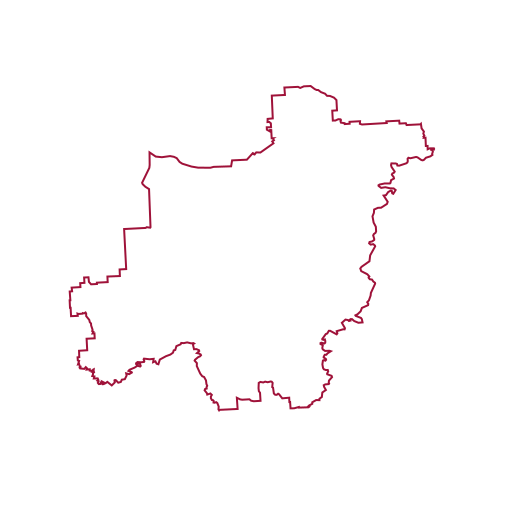 Logan, Queensland, Australia, rotated 348°
{"feature_id": "25037944B44262560811074", "entity_name": "Logan", "entity_type": "district", "adm_level": 2, "iso_a3": "AUS", "parent_name": "Australia", "parent_adm1": "Queensland", "projection": "mercator", "projection_center": [153.051, -27.763], "detail": "fine", "context": "isolated", "style": "outline", "palette": "rose", "viewbox_px": 512, "rotation_deg": 348, "n_neighbors": 0, "source": "geoboundaries", "source_scale": "gbopen_adm2", "svg_char_len": 6051}
<svg xmlns="http://www.w3.org/2000/svg" viewBox="0 0 512 512"><g transform="rotate(348 256 256)"><path d="M173.4,132.5L170.9,144.9L170.0,147.6L159.8,160.7L160.1,162.2L162.2,165.3L165.3,168.3L158.8,205.9L158.4,206.3L155.1,205.1L153.9,205.6L132.6,202.2L126.3,241.8L119.8,240.8L118.7,247.3L106.4,245.2L105.5,250.7L94.8,249.0L94.6,250.3L88.8,249.4L87.2,246.6L87.7,242.0L83.4,241.3L82.6,246.6L78.4,246.0L77.8,249.9L69.1,248.6L68.8,252.3L66.4,252.0L65.2,260.7L64.5,260.6L63.3,268.0L63.9,268.1L62.6,276.4L69.2,277.5L69.4,275.2L70.4,275.8L74.2,276.3L74.7,275.8L75.8,276.4L77.5,275.8L77.9,276.9L77.4,279.5L79.6,283.8L79.7,286.2L80.6,287.7L80.3,289.6L80.8,294.0L80.2,295.4L81.2,296.2L80.0,297.8L81.9,298.1L81.1,303.0L73.1,301.7L71.3,313.1L63.2,311.9L62.1,318.2L60.4,318.0L60.0,321.1L61.2,321.8L59.5,324.8L60.5,324.6L60.6,327.1L61.4,327.6L61.2,328.3L60.3,328.7L60.6,329.4L64.6,330.7L66.4,329.3L67.4,330.8L66.7,331.9L69.8,332.2L69.5,333.5L71.1,333.9L71.0,335.0L71.4,335.2L73.0,333.3L73.7,333.1L73.3,334.4L73.4,336.1L72.2,336.5L72.0,337.8L70.9,339.4L72.9,340.2L71.9,342.1L75.7,342.8L76.0,344.2L74.9,344.9L76.0,345.8L74.9,347.2L75.6,348.6L76.9,348.8L78.0,347.5L79.1,349.5L80.2,349.6L79.7,347.1L82.3,349.2L84.4,348.2L88.0,352.6L91.6,350.3L91.7,348.2L92.3,348.0L93.1,348.3L94.9,351.3L97.6,351.1L99.0,349.1L102.1,349.2L104.6,346.0L104.6,343.8L107.4,345.2L110.3,344.2L110.2,343.7L107.4,341.9L108.6,341.0L114.1,339.9L117.2,338.7L119.7,340.0L120.4,339.5L120.1,337.5L119.3,337.0L116.5,337.1L116.2,336.6L116.5,335.9L118.1,335.1L121.5,336.1L124.5,336.3L124.9,335.7L124.6,333.7L125.1,333.1L130.5,334.9L134.5,335.3L133.3,338.5L135.7,338.1L136.4,340.7L138.0,341.6L140.4,337.3L147.1,335.3L151.8,334.6L154.7,333.3L155.9,331.2L157.5,331.1L159.4,327.6L163.9,326.7L164.8,325.5L167.2,326.2L170.7,326.2L174.5,328.0L176.7,328.2L177.2,328.7L176.5,328.9L175.9,329.8L176.0,334.3L178.4,334.7L180.7,336.4L180.7,337.2L178.1,338.7L180.0,339.6L181.4,340.8L181.6,341.6L180.4,342.5L178.4,342.9L174.8,344.8L174.2,345.6L175.9,348.5L175.2,351.3L177.0,359.4L178.4,362.4L180.1,363.6L181.2,367.3L180.9,371.0L181.3,372.8L180.3,374.1L180.2,375.4L178.6,375.5L177.8,376.7L179.5,380.1L179.5,381.4L182.8,381.0L183.9,382.7L182.7,384.0L182.3,385.7L182.9,387.7L184.0,388.1L184.5,389.0L184.0,390.5L184.9,390.9L186.7,390.7L187.6,391.8L188.2,395.5L187.4,398.2L187.8,399.3L188.3,398.9L206.2,401.8L207.8,390.7L210.6,392.9L212.6,393.7L219.8,394.8L221.1,396.5L223.6,397.6L230.3,398.6L231.5,390.6L230.7,388.8L231.0,385.8L232.3,380.7L234.1,380.1L236.8,381.2L238.8,380.8L241.2,381.9L244.4,381.8L245.3,382.3L245.9,383.6L244.6,387.6L245.3,388.3L244.9,394.2L245.9,395.7L247.4,396.1L249.0,395.3L249.8,396.0L252.1,400.7L259.0,401.5L258.3,405.8L259.0,405.9L258.1,412.2L261.7,412.9L266.5,412.6L266.4,413.2L275.9,414.9L276.3,414.7L275.9,413.9L276.5,413.5L277.3,413.7L277.4,413.1L280.3,412.3L280.6,410.8L284.9,409.4L288.1,410.2L288.4,408.8L291.1,407.6L292.5,403.3L296.5,401.6L295.4,398.1L295.4,396.5L297.0,396.0L300.5,396.4L301.0,396.0L300.8,395.0L301.5,393.0L305.2,390.3L305.0,388.9L301.1,386.5L301.1,385.8L302.6,383.9L302.5,382.4L300.7,382.1L298.8,380.9L298.3,379.4L298.4,375.8L299.7,372.2L300.8,372.0L302.1,372.8L303.0,372.1L302.9,371.1L301.1,369.3L301.3,368.6L302.7,366.9L304.3,367.2L305.7,366.1L309.4,364.7L308.2,364.0L303.8,363.2L301.9,361.2L301.7,359.8L302.8,357.2L300.8,355.5L301.0,354.6L301.9,354.4L304.8,355.8L305.7,355.2L306.1,353.6L306.0,351.9L304.7,352.1L303.5,351.4L303.5,351.0L308.0,346.9L309.6,346.6L311.7,344.3L313.0,344.6L318.6,349.4L319.5,348.6L319.3,346.3L326.0,345.8L327.4,346.2L328.0,345.1L326.1,339.2L330.3,336.8L332.7,337.8L333.4,338.9L334.9,338.8L334.7,337.8L335.3,337.4L336.8,337.7L338.5,340.0L342.3,342.6L346.4,343.1L346.4,339.8L345.8,338.4L341.1,335.3L340.9,334.7L343.2,334.1L346.8,331.9L348.8,328.8L355.4,327.4L355.9,326.2L355.2,324.3L357.2,322.9L359.9,318.5L360.7,316.0L366.8,307.8L366.8,306.9L365.4,305.3L364.6,303.2L362.5,302.4L361.7,300.9L361.7,300.3L362.6,299.6L361.1,297.0L355.8,292.7L355.4,289.9L357.0,288.5L365.9,284.7L367.8,279.1L374.6,271.3L374.5,270.5L373.2,268.8L370.5,268.7L369.3,267.1L370.0,265.9L372.6,265.9L374.9,264.9L375.2,264.0L374.9,260.2L375.9,259.0L377.7,258.2L378.6,256.9L379.3,252.3L378.0,247.8L378.2,241.4L380.3,238.3L381.2,235.1L385.4,234.2L388.3,234.8L394.9,232.3L396.1,230.4L393.4,223.4L395.8,223.5L398.6,220.9L401.4,220.1L402.3,220.4L402.3,223.0L403.2,223.7L406.3,220.5L404.7,218.5L401.3,217.7L396.8,215.6L392.6,215.4L390.5,213.0L390.5,212.3L391.7,211.8L397.1,211.8L402.0,212.9L402.7,212.5L403.9,209.9L407.1,208.9L407.1,207.5L405.8,204.7L406.5,203.7L408.5,203.1L409.2,202.3L407.1,197.1L407.0,195.1L407.7,193.6L411.8,194.5L413.0,195.2L413.1,196.9L414.9,197.4L422.2,196.6L423.5,196.0L424.2,194.7L424.5,192.4L425.5,191.6L427.4,192.5L433.2,192.4L434.5,193.1L437.7,196.5L439.0,197.1L440.2,196.9L442.7,195.2L447.2,194.8L449.6,193.8L449.5,192.8L450.7,190.7L450.4,188.9L449.4,188.6L449.4,187.9L451.6,188.0L452.2,188.7L452.5,188.3L452.4,187.7L448.4,186.8L446.1,187.3L446.7,184.0L445.0,183.7L446.4,175.5L445.0,175.3L445.3,175.0L444.6,174.1L445.7,173.2L445.1,171.1L446.1,169.2L444.5,165.6L444.8,161.0L444.2,161.4L430.5,159.2L430.2,157.3L423.9,156.3L424.2,153.4L411.5,151.4L411.5,153.1L387.0,149.4L385.1,148.3L385.8,145.8L375.4,144.2L375.1,146.1L370.2,145.4L370.3,144.5L366.8,143.2L366.7,141.6L367.4,140.7L367.1,139.9L364.9,139.3L361.8,140.0L359.3,139.5L360.8,129.7L365.5,130.4L367.1,120.2L365.2,117.3L361.6,114.8L358.8,114.1L357.3,111.6L353.6,109.2L351.4,106.6L349.8,106.2L348.1,104.9L344.8,101.1L338.1,100.0L334.2,100.8L332.3,99.3L318.8,97.1L317.8,104.5L304.8,102.4L301.0,124.9L295.9,124.3L295.1,127.4L296.8,127.6L298.1,129.3L297.5,133.2L293.3,132.3L292.9,134.7L295.8,137.3L296.1,135.7L297.1,136.0L295.8,144.1L297.4,144.4L296.9,144.6L297.6,146.5L295.7,147.3L296.5,149.4L281.8,155.7L277.8,154.7L275.7,156.4L274.7,155.8L274.8,155.1L274.3,154.7L267.1,159.9L252.5,157.5L250.3,163.1L233.1,160.0L229.7,160.2L217.6,157.5L211.5,155.1L203.1,150.4L200.8,148.1L198.8,143.8L196.3,141.9L192.7,140.4L184.5,139.8L178.6,137.9L173.4,132.5Z" fill="none" stroke="#9f1239" stroke-width="2"/></g></svg>